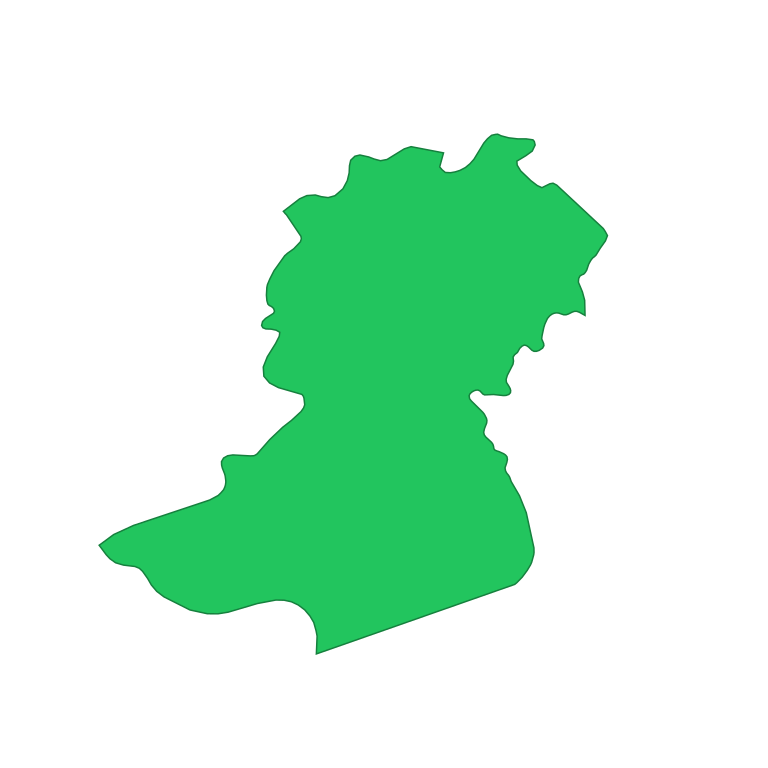 an SVG outline of Sidi Bel Abbès, rotated 22°
{"feature_id": "DZA-2146", "entity_name": "Sidi Bel Abbès", "entity_type": "Province", "adm_level": 1, "iso_a3": "DZA", "parent_name": "Algeria", "parent_adm1": "", "projection": "mercator", "projection_center": [-0.548, 34.822], "detail": "fine", "context": "isolated", "style": "filled", "palette": "green", "viewbox_px": 768, "rotation_deg": 22, "n_neighbors": 0, "source": "natural_earth", "source_scale": "10m", "svg_char_len": 3350}
<svg xmlns="http://www.w3.org/2000/svg" viewBox="0 0 768 768"><g transform="rotate(22 384 384)"><path d="M544.7,245.1L538.3,244.3L535.6,244.4L533.5,245.2L531.7,246.7L528.7,250.1L526.9,251.6L524.7,252.5L519.4,252.8L517.1,253.5L515.2,254.7L513.6,256.3L512.1,258.7L511.0,262.0L510.7,268.1L511.0,271.8L512.5,280.2L513.3,283.1L516.8,286.6L517.9,288.6L517.6,291.3L515.3,294.7L513.1,296.6L510.8,297.5L508.5,297.3L504.1,295.5L501.6,295.0L499.4,295.4L497.8,297.2L496.5,300.1L495.9,304.7L494.1,308.0L493.6,310.6L494.4,312.3L495.5,314.2L496.2,317.4L495.1,329.8L495.5,333.9L496.9,336.6L500.8,339.4L502.6,340.9L503.9,342.6L504.5,344.7L503.7,346.9L501.4,348.9L499.0,350.0L489.5,352.7L481.4,356.4L479.5,356.3L475.6,354.5L473.4,354.4L471.5,355.3L469.8,356.8L468.4,358.7L467.4,360.8L467.3,363.0L468.9,365.6L471.3,367.0L486.2,373.2L488.3,374.4L491.9,377.5L493.1,379.3L493.8,381.7L493.9,387.8L494.5,391.4L496.0,393.6L498.2,395.0L505.6,397.8L507.3,398.9L508.2,399.8L509.2,401.2L510.1,402.8L511.5,403.7L513.5,403.8L515.9,403.6L521.1,403.8L523.3,404.3L525.3,405.4L526.7,407.7L527.3,411.0L527.6,416.4L529.3,419.1L531.4,420.8L533.7,422.0L535.5,423.4L538.5,426.8L551.5,436.9L564.1,450.0L584.4,479.8L586.2,484.0L586.8,486.3L587.7,494.0L587.6,496.8L586.6,503.2L584.5,511.3L581.6,518.4L580.3,520.8L422.4,659.6L416.4,642.8L413.5,638.3L408.2,631.4L402.3,626.9L395.1,623.1L387.2,621.0L379.7,620.6L372.3,621.9L364.7,624.8L348.8,635.0L324.9,654.0L316.1,659.3L306.2,663.2L288.7,666.2L259.8,663.8L251.0,661.4L243.6,657.5L237.6,652.8L230.3,648.1L226.1,646.5L221.4,646.5L210.3,649.5L202.1,650.3L195.4,648.7L190.3,646.3L180.3,640.2L189.8,624.8L204.8,608.9L265.9,556.8L272.0,549.5L273.6,545.9L274.9,542.1L275.0,539.0L274.8,537.0L274.1,534.2L273.3,532.5L271.1,528.6L269.6,526.7L265.6,522.5L263.8,520.0L262.4,516.8L263.0,512.7L265.9,509.1L270.4,506.4L287.1,500.7L290.1,499.3L291.3,498.2L292.6,496.3L298.9,478.3L306.3,462.0L311.8,452.5L317.4,440.7L318.4,436.3L318.3,433.0L315.1,427.1L313.7,425.5L311.8,424.4L287.5,426.9L277.5,425.9L269.7,421.8L265.7,413.5L265.6,402.5L268.3,387.1L269.0,379.0L268.0,375.1L263.9,374.5L258.8,375.4L253.8,377.2L250.6,377.2L248.6,375.6L248.0,371.5L249.6,367.6L255.1,359.8L255.2,357.5L253.3,355.3L251.2,354.5L249.7,354.2L248.3,354.2L246.4,353.4L244.2,350.6L241.7,345.7L239.2,338.3L238.7,335.5L238.8,329.3L239.6,320.1L243.9,302.2L244.0,302.2L245.5,299.0L249.7,292.4L253.2,283.5L253.0,280.4L251.7,278.2L230.1,263.6L228.8,263.1L226.0,261.6L236.4,243.9L241.9,238.2L249.5,234.5L255.7,233.8L262.4,232.1L268.0,227.8L272.8,218.4L273.8,209.2L272.6,201.3L270.2,194.5L269.3,189.0L271.7,183.7L275.9,180.7L284.8,179.2L290.6,179.1L297.1,178.3L302.7,174.7L314.7,158.4L320.2,153.8L352.6,147.4L354.3,161.9L357.8,163.7L361.6,164.9L366.5,163.2L370.5,160.7L374.4,157.5L378.4,152.8L381.2,147.6L383.2,142.0L386.3,123.2L388.1,117.8L390.6,113.1L393.9,110.8L395.8,109.8L399.7,110.0L407.5,109.0L416.2,106.6L423.9,103.5L430.6,101.8L432.5,102.8L434.6,105.8L434.2,112.5L430.0,119.2L423.7,127.6L425.5,131.2L430.9,135.2L443.9,140.4L451.8,142.6L456.9,142.8L462.8,136.2L465.5,134.5L469.7,134.9L529.1,157.7L532.0,159.7L535.6,162.7L535.7,168.4L533.6,177.2L532.3,185.1L531.4,187.1L530.2,189.1L529.4,192.1L528.9,196.2L529.3,202.5L528.8,205.3L528.0,207.3L526.5,208.7L525.2,210.5L525.0,213.3L526.1,216.8L533.5,224.3L538.7,231.2L544.7,245.1Z" fill="#22c55e" stroke="#15803d" stroke-width="1.5"/></g></svg>